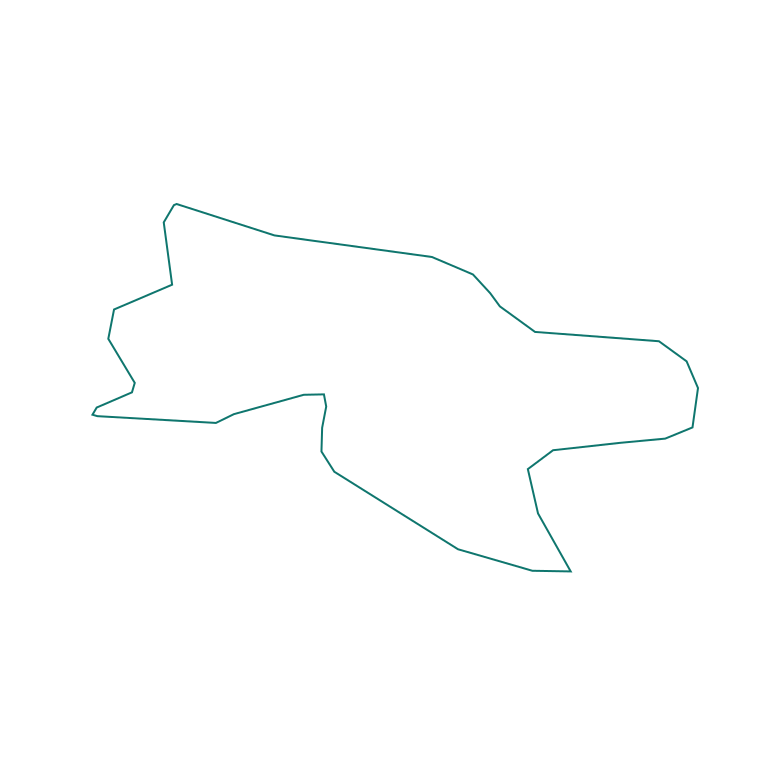 the Unitary Authority (wales) of Newport, rotated 36°
{"feature_id": "GBR-2133", "entity_name": "Newport", "entity_type": "Unitary Authority (wales)", "adm_level": 1, "iso_a3": "GBR", "parent_name": "United Kingdom", "parent_adm1": "", "projection": "albers", "projection_center": [-2.954, 51.579], "detail": "fine", "context": "isolated", "style": "outline", "palette": "teal", "viewbox_px": 768, "rotation_deg": 36, "n_neighbors": 0, "source": "natural_earth", "source_scale": "10m", "svg_char_len": 645}
<svg xmlns="http://www.w3.org/2000/svg" viewBox="0 0 768 768"><g transform="rotate(36 384 384)"><path d="M645.2,425.9L613.8,447.9L541.0,474.2L395.4,484.2L373.1,475.4L359.7,455.8L350.5,436.2L341.5,427.7L325.4,439.9L280.3,496.6L270.9,514.3L171.0,578.5L166.2,580.2L165.4,571.9L185.0,538.9L181.7,529.6L134.4,509.5L121.8,482.4L154.2,428.2L110.8,382.7L108.9,362.8L110.4,360.3L208.0,328.2L243.3,309.3L348.1,253.1L364.5,249.3L391.6,243.1L416.5,248.1L432.1,253.1L475.6,253.1L581.3,187.8L615.5,187.8L640.4,202.7L659.1,237.8L643.6,262.9L609.4,293.0L559.7,338.2L550.4,368.3L584.7,398.2L645.2,425.9Z" fill="none" stroke="#0f766e" stroke-width="2"/></g></svg>